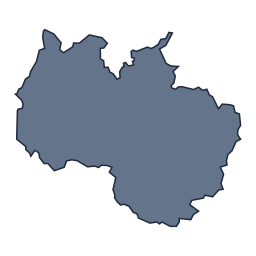 Itabira, Minas Gerais, Brazil
{"feature_id": "56859067B16136879944299", "entity_name": "Itabira", "entity_type": "district", "adm_level": 2, "iso_a3": "BRA", "parent_name": "Brazil", "parent_adm1": "Minas Gerais", "projection": "robinson", "projection_center": [-43.301, -19.603], "detail": "medium", "context": "isolated", "style": "filled", "palette": "slate", "viewbox_px": 256, "rotation_deg": 0, "n_neighbors": 0, "source": "geoboundaries", "source_scale": "gbopen_adm2", "svg_char_len": 1813}
<svg xmlns="http://www.w3.org/2000/svg" viewBox="0 0 256 256"><path d="M212.6,196.8L218.8,189.9L223.1,189.3L221.0,183.4L223.6,174.3L220.3,167.1L227.0,165.0L226.4,160.7L227.9,154.5L231.8,151.0L236.2,141.4L240.6,139.3L237.5,134.5L238.0,129.6L240.6,125.3L239.4,113.9L235.1,112.4L233.5,105.8L229.9,104.7L222.2,104.1L218.4,108.7L212.6,96.8L209.4,94.9L206.8,89.2L202.7,90.4L198.6,87.2L193.5,89.5L182.4,86.8L178.4,86.8L175.6,89.3L171.7,87.9L171.2,85.6L173.8,83.1L175.3,76.0L173.0,71.5L178.4,66.5L171.0,66.0L166.2,63.5L159.5,49.1L165.9,45.3L172.4,33.0L168.9,32.4L165.8,38.6L160.9,39.3L158.4,44.1L153.7,47.4L151.0,48.5L147.5,47.1L136.2,51.4L133.1,50.1L131.1,51.4L131.6,57.6L134.3,58.1L134.1,60.6L132.4,61.3L133.6,65.0L128.3,65.9L125.6,62.4L123.5,63.3L124.1,66.8L122.3,67.1L119.7,71.7L120.1,77.6L116.9,79.2L113.2,73.7L110.0,72.2L108.1,67.3L104.3,67.3L103.6,60.6L100.5,59.0L100.3,48.4L103.8,48.0L107.4,43.3L102.0,37.7L89.3,34.9L79.2,43.2L73.6,43.0L72.7,46.8L63.5,52.7L59.7,49.7L61.1,42.8L53.7,33.9L44.7,29.6L43.4,31.2L42.7,37.4L44.6,48.4L39.4,50.2L36.4,61.6L30.6,71.5L29.4,76.5L25.5,79.0L21.9,87.6L18.9,89.1L16.9,93.8L15.4,94.1L21.7,100.3L23.0,103.9L22.4,108.2L17.9,109.3L17.4,111.1L16.7,139.2L25.8,146.5L25.8,149.6L29.6,153.0L30.8,156.3L34.9,150.4L36.4,151.1L39.1,153.5L39.5,157.6L44.1,163.6L47.9,163.5L54.2,170.7L64.2,167.3L66.6,160.9L71.8,159.8L77.2,160.7L87.6,166.8L94.7,166.1L98.7,167.5L101.2,165.3L106.7,165.4L112.0,167.3L109.3,172.2L115.8,177.5L113.0,189.7L115.0,195.2L114.5,197.6L117.3,201.9L120.6,205.0L124.0,204.2L128.9,206.2L133.3,212.4L136.9,213.8L138.5,218.0L149.9,223.1L156.7,222.0L159.5,223.9L161.9,222.0L170.4,226.4L176.5,226.3L179.3,221.8L179.2,218.4L190.8,219.7L193.4,214.5L198.6,211.2L189.8,204.7L191.8,200.3L203.3,198.1L205.0,195.2L212.6,196.8Z" fill="#64748b" stroke="#1e293b" stroke-width="1.5"/></svg>